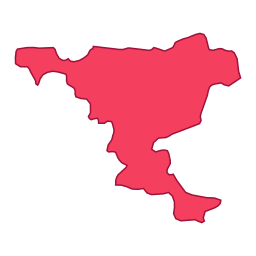 map outline of Jigawa (Mercator projection)
{"feature_id": "NGA-2868", "entity_name": "Jigawa", "entity_type": "State", "adm_level": 1, "iso_a3": "NGA", "parent_name": "Nigeria", "parent_adm1": "", "projection": "mercator", "projection_center": [9.387, 11.959], "detail": "fine", "context": "isolated", "style": "filled", "palette": "rose", "viewbox_px": 256, "rotation_deg": 0, "n_neighbors": 0, "source": "natural_earth", "source_scale": "10m", "svg_char_len": 2267}
<svg xmlns="http://www.w3.org/2000/svg" viewBox="0 0 256 256"><path d="M93.3,46.4L119.6,49.5L123.0,49.5L127.8,48.1L129.4,48.0L148.6,50.3L150.5,50.1L151.1,49.9L152.1,49.2L153.1,48.3L153.8,47.6L156.2,48.2L164.8,51.1L172.7,47.6L174.1,45.3L175.1,42.8L176.8,41.6L183.0,39.0L187.4,37.8L195.9,34.4L200.0,33.4L203.8,34.5L206.1,38.1L208.4,47.4L209.3,49.7L213.2,50.3L219.2,48.6L222.1,48.8L225.4,50.4L228.7,51.1L231.8,51.0L234.3,52.9L237.1,58.8L238.7,71.9L240.6,77.9L228.7,85.9L224.0,84.7L221.2,82.9L214.4,84.1L211.6,85.1L209.5,87.2L208.2,91.1L207.4,95.2L200.9,113.6L200.3,116.6L201.1,120.4L199.6,123.6L172.1,134.1L169.1,136.0L166.1,137.5L158.5,138.1L153.6,142.5L151.7,149.3L155.6,151.9L161.1,150.3L164.3,150.0L167.4,150.7L168.8,153.8L170.2,160.4L170.3,163.5L167.3,169.1L166.9,172.2L168.7,174.6L171.7,174.7L173.2,174.2L177.0,180.8L185.6,192.4L192.2,195.0L206.6,197.7L214.3,198.0L220.8,200.2L220.4,203.2L218.2,205.7L215.1,207.6L205.1,211.5L203.3,217.8L204.3,221.1L201.8,222.6L198.3,221.3L195.2,219.7L180.9,220.8L175.8,218.6L173.6,213.6L174.5,207.6L174.4,201.7L172.4,196.1L168.5,192.5L163.3,193.8L151.6,194.6L147.1,193.0L143.5,188.5L137.9,189.3L132.1,189.0L126.5,186.6L121.1,185.1L115.6,185.0L115.8,183.8L115.7,181.3L115.9,180.1L116.7,177.3L118.1,174.8L126.1,167.5L127.0,165.4L124.9,164.2L123.7,163.8L121.6,162.5L119.2,159.9L117.9,157.8L115.8,152.6L114.8,151.9L112.3,151.6L108.5,151.9L107.0,150.6L108.2,145.0L111.5,140.2L112.3,138.0L112.7,135.8L113.8,132.9L114.0,129.7L112.6,124.2L111.6,121.6L107.5,121.1L104.3,123.3L98.6,123.2L98.5,120.9L97.9,118.7L97.2,118.3L93.5,118.9L91.3,119.7L90.5,119.3L89.6,118.6L88.4,116.7L89.1,115.2L90.0,114.0L90.5,112.4L90.4,103.9L86.7,99.1L80.9,98.5L75.9,96.8L75.1,94.0L75.2,90.8L74.1,88.2L71.9,86.7L69.5,85.4L67.3,83.8L66.5,80.5L66.6,76.9L66.2,74.5L64.0,73.6L58.2,72.0L52.8,71.2L47.5,72.3L43.0,74.7L40.2,78.7L38.7,83.3L37.7,85.1L36.1,84.1L35.7,82.8L35.7,81.5L35.1,79.9L30.5,71.7L29.4,69.0L27.5,66.8L20.3,66.7L15.6,63.7L15.4,57.8L16.1,51.5L17.4,49.1L27.0,47.6L33.5,47.5L39.4,48.2L53.3,47.6L55.0,49.3L56.6,54.0L59.1,58.2L61.2,59.6L63.4,60.5L65.5,60.3L68.3,58.7L69.4,60.2L70.7,61.3L74.3,61.7L79.2,60.5L83.5,58.2L87.6,55.0L88.5,53.4L89.3,51.6L90.0,50.4L91.2,49.3L92.7,48.7L93.2,47.2L93.3,46.4Z" fill="#f43f5e" stroke="#9f1239" stroke-width="1.5"/></svg>